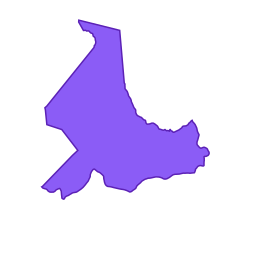 Duyure, Choluteca, Honduras, rotated 200°
{"feature_id": "27666195B17818037881186", "entity_name": "Duyure", "entity_type": "district", "adm_level": 2, "iso_a3": "HND", "parent_name": "Honduras", "parent_adm1": "Choluteca", "projection": "albers", "projection_center": [-86.827, 13.631], "detail": "fine", "context": "isolated", "style": "filled", "palette": "violet", "viewbox_px": 256, "rotation_deg": 200, "n_neighbors": 0, "source": "geoboundaries", "source_scale": "gbopen_adm2", "svg_char_len": 5573}
<svg xmlns="http://www.w3.org/2000/svg" viewBox="0 0 256 256"><g transform="rotate(200 128 128)"><path d="M211.1,212.5L210.6,210.7L203.2,204.4L201.5,205.2L201.2,205.3L200.5,205.1L200.1,205.0L199.9,205.0L199.3,205.3L198.8,205.7L198.5,205.7L198.0,205.7L197.3,205.5L197.0,205.4L196.7,205.1L196.0,204.8L195.6,204.6L195.2,204.6L194.6,204.6L194.0,204.6L193.7,204.6L193.2,204.2L192.7,203.4L192.3,202.7L192.0,202.4L191.8,202.2L191.6,202.2L191.0,202.1L190.7,202.0L190.5,201.9L190.0,201.5L189.5,201.0L188.7,199.3L188.2,198.7L187.9,198.2L187.6,197.4L187.4,196.7L187.4,194.9L187.5,194.5L187.7,194.3L187.8,194.2L187.8,193.9L187.8,193.6L187.8,193.4L187.6,192.9L187.5,192.5L187.5,192.1L187.6,191.7L211.8,120.8L213.0,118.6L211.8,116.7L205.4,103.4L189.7,103.9L167.5,89.8L170.8,83.3L188.6,43.4L188.9,43.2L188.5,42.9L187.7,42.6L187.3,42.4L185.3,42.5L184.2,42.6L183.6,42.6L183.1,42.4L182.7,42.2L181.8,41.6L181.2,41.4L180.5,41.2L179.9,41.1L179.5,41.1L179.0,41.2L177.8,41.6L176.9,42.0L176.3,42.2L176.0,42.4L175.4,43.1L175.0,43.6L174.9,43.9L174.8,44.2L174.7,44.4L174.5,45.0L174.2,45.4L173.7,46.0L172.3,47.3L171.8,47.7L171.5,47.8L171.4,47.8L171.2,47.7L170.7,47.3L169.6,46.3L169.3,46.0L169.0,45.5L168.7,44.9L167.5,42.3L167.0,41.4L166.3,39.9L166.1,39.5L165.9,39.4L164.8,39.1L164.2,39.1L163.8,39.4L163.6,39.8L163.5,40.5L163.5,41.2L163.4,41.5L163.0,42.2L162.6,42.8L162.3,43.1L161.7,43.6L160.9,44.3L159.7,45.9L158.9,46.8L158.6,47.2L158.3,47.6L158.1,47.9L157.7,48.2L157.3,48.5L155.0,49.8L154.6,50.1L154.1,50.6L153.7,51.1L152.3,53.1L151.4,54.3L150.7,55.5L149.9,56.9L148.5,60.6L148.4,61.2L147.3,64.4L147.2,65.0L147.2,65.5L147.2,65.9L146.9,68.7L147.0,69.8L147.1,70.1L147.4,70.8L147.5,71.5L147.5,72.1L147.5,72.8L147.4,74.4L147.3,74.9L146.7,76.8L146.6,77.1L146.4,77.3L146.2,77.5L145.9,77.7L145.6,77.8L145.3,77.9L145.1,77.8L142.6,76.9L141.8,76.6L140.9,76.5L139.8,76.6L139.5,76.5L139.0,76.4L137.9,76.0L136.4,75.4L135.3,74.9L134.9,74.7L134.6,74.4L134.3,74.1L133.9,73.2L133.5,72.3L133.3,71.9L132.5,70.7L131.6,69.1L130.9,68.3L130.5,67.7L129.6,67.0L129.0,66.6L128.8,66.5L128.5,66.4L127.7,66.2L127.2,66.2L126.9,66.2L126.5,66.3L125.4,66.6L123.7,66.9L122.9,67.0L121.4,67.1L119.0,67.4L115.0,67.9L113.3,68.2L111.4,68.6L109.8,68.8L109.1,68.8L107.7,68.8L106.4,68.7L104.8,68.5L104.4,68.5L104.2,68.6L103.6,69.0L102.9,69.6L102.5,70.4L102.0,71.2L100.8,72.8L100.2,73.7L100.1,74.0L100.0,74.4L100.0,75.3L99.9,76.0L99.9,76.5L99.7,76.9L99.6,77.2L99.2,78.0L97.5,80.9L96.9,82.6L96.7,82.9L96.4,83.3L95.7,84.2L95.2,84.8L94.6,85.5L94.1,86.0L93.3,86.5L92.2,87.5L91.5,87.9L90.5,88.3L89.4,88.9L85.8,91.2L84.9,91.7L82.5,92.4L81.5,92.6L80.1,92.7L79.0,92.7L77.9,92.5L77.1,92.4L76.3,92.5L75.2,92.9L74.1,93.6L72.2,95.7L71.6,96.6L70.9,97.7L70.3,98.6L69.7,99.4L68.9,100.0L68.0,100.6L67.2,100.9L64.0,102.3L60.6,104.5L59.0,105.0L57.3,105.8L55.6,106.4L54.3,106.7L52.1,107.8L50.6,108.5L50.3,108.7L50.2,109.6L50.2,110.3L50.2,111.1L50.3,111.6L50.4,111.9L50.4,112.2L50.4,112.5L50.2,113.0L49.9,113.7L49.6,114.7L49.4,115.5L48.9,116.2L48.8,116.4L48.2,116.8L47.5,117.4L44.7,117.9L44.2,118.1L44.0,118.3L43.9,118.5L43.8,119.0L44.2,119.9L45.1,122.6L45.1,122.9L45.2,123.5L45.5,124.0L45.7,124.8L46.0,125.5L46.2,125.9L46.6,126.6L46.7,127.0L46.5,127.3L46.2,127.6L45.9,127.7L45.3,127.9L44.9,128.1L43.9,129.1L43.5,129.5L43.3,129.9L43.2,130.1L43.1,130.6L43.0,131.1L43.0,131.5L43.1,131.9L43.2,132.2L43.3,132.4L43.5,132.8L43.7,133.1L44.1,133.4L44.9,134.0L45.2,134.3L45.8,134.9L46.0,135.2L46.6,135.6L46.9,135.7L47.2,135.8L47.8,135.9L49.0,136.0L49.6,136.0L49.9,135.9L50.2,135.8L50.6,135.6L52.3,134.1L52.5,134.0L52.7,133.9L53.5,134.0L54.4,134.3L56.9,135.7L57.2,135.9L57.6,136.4L57.8,136.9L58.1,137.4L58.2,138.0L58.4,138.8L58.4,140.3L58.5,141.8L58.7,143.7L58.8,145.3L58.9,145.7L59.1,146.2L59.2,146.3L59.4,146.5L59.9,146.8L60.1,147.0L61.7,148.7L63.4,151.5L65.2,153.3L66.0,154.1L66.7,154.6L67.9,155.3L69.1,155.9L69.5,156.1L69.9,156.5L70.0,156.7L70.1,157.0L70.3,157.2L70.8,156.7L71.1,156.1L71.3,155.4L71.4,155.2L71.9,154.1L72.4,153.4L72.5,153.2L72.7,151.7L73.0,151.3L74.1,149.9L76.4,148.8L76.8,148.6L77.0,148.4L77.1,148.2L77.3,147.9L77.4,147.6L77.4,147.0L77.7,146.3L78.2,145.6L79.5,143.6L82.3,140.8L83.0,140.0L83.4,139.7L83.9,139.5L84.1,139.5L84.3,139.5L84.6,139.8L84.8,139.9L85.4,140.1L85.8,140.1L86.2,140.0L86.4,140.1L87.1,140.5L87.6,140.9L87.9,141.0L88.0,140.9L88.1,140.6L88.2,139.9L88.1,139.4L88.1,139.2L88.4,139.2L88.7,139.3L89.8,139.2L90.3,138.9L90.7,138.7L91.0,138.6L92.4,139.1L92.7,139.2L92.8,139.1L93.0,139.0L93.3,138.6L93.7,138.2L93.9,138.1L94.1,138.0L94.9,137.9L97.0,137.9L97.8,137.8L98.2,137.6L98.4,137.7L98.6,137.8L99.5,138.5L100.2,139.2L100.5,139.5L100.9,139.8L101.3,140.0L104.0,140.9L105.1,141.1L105.9,141.2L106.3,141.1L106.8,140.9L107.3,140.7L108.6,139.6L109.3,139.1L110.8,138.4L111.2,138.2L111.5,138.2L111.8,138.3L112.1,138.4L112.4,138.6L112.6,138.8L113.0,139.2L113.4,139.9L114.0,140.8L114.1,141.0L114.3,141.1L114.5,141.2L115.7,141.1L116.0,141.2L116.7,141.4L118.3,142.2L119.1,142.5L119.5,142.6L119.9,142.5L120.2,142.5L121.1,142.6L122.2,142.8L122.7,142.8L123.0,142.8L123.3,142.9L123.7,143.1L124.0,143.2L124.3,143.5L124.8,143.8L125.2,144.3L125.7,144.8L126.0,145.2L126.2,145.6L126.5,146.4L126.7,147.0L127.0,147.6L127.2,147.8L127.9,148.3L128.9,148.8L129.3,149.2L129.8,149.6L131.3,151.3L133.9,154.0L134.1,154.3L134.3,154.8L134.5,155.1L134.9,155.6L135.3,156.0L135.6,156.4L138.1,158.1L138.5,158.5L138.8,158.8L139.0,159.3L139.4,159.8L140.0,160.6L140.6,161.3L141.1,161.9L141.6,162.3L143.6,163.5L144.1,163.8L144.3,164.0L144.9,165.7L145.3,166.5L145.9,168.2L146.4,168.7L146.9,169.0L169.2,216.9L211.1,212.5Z" fill="#8b5cf6" stroke="#5b21b6" stroke-width="1.5"/></g></svg>